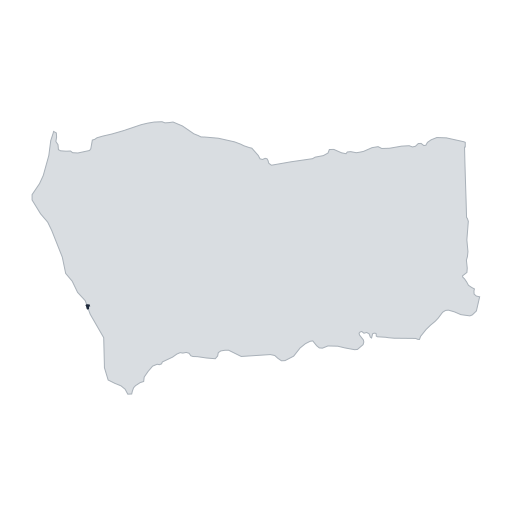 Ablekuma West Municipal, Greater Accra, Ghana shown in context, rotated 89°
{"feature_id": "2480657B12570528382412", "entity_name": "Ablekuma West Municipal", "entity_type": "district", "adm_level": 2, "iso_a3": "GHA", "parent_name": "Ghana", "parent_adm1": "Greater Accra", "projection": "robinson", "projection_center": [-0.256, 5.538], "detail": "fine", "context": "in_parent", "style": "filled", "palette": "slate", "viewbox_px": 512, "rotation_deg": 89, "n_neighbors": 0, "source": "geoboundaries", "source_scale": "gbopen_adm2", "svg_char_len": 3346}
<svg xmlns="http://www.w3.org/2000/svg" viewBox="0 0 512 512"><g transform="rotate(89 256 256)"><path d="M314.8,36.6L318.7,40.8L319.6,43.2L318.2,52.2L315.3,58.6L313.5,64.5L313.7,67.4L315.5,70.4L321.4,75.0L324.5,78.1L328.1,82.6L332.3,87.1L339.3,92.9L342.3,94.0L342.2,95.6L341.2,97.8L340.6,119.5L340.0,125.1L339.5,127.9L338.9,136.0L338.1,137.2L336.8,137.1L335.5,137.4L335.2,139.0L335.7,140.7L340.0,141.9L339.1,143.1L335.9,144.2L334.4,146.6L335.1,149.4L333.3,151.6L333.8,153.2L335.0,154.3L336.8,153.9L341.8,150.1L343.9,149.7L346.5,150.5L351.2,156.2L351.4,159.0L349.5,168.5L347.6,175.9L347.2,185.7L349.3,191.2L349.0,194.3L346.8,196.9L341.9,200.7L342.2,203.3L344.5,208.1L348.7,213.5L356.8,220.1L361.1,228.8L361.2,232.4L358.7,235.9L355.8,239.0L354.8,243.4L356.2,272.5L349.7,285.1L349.7,288.7L350.3,292.9L352.0,295.4L355.3,296.1L358.0,298.5L357.1,307.4L355.6,316.4L355.4,320.8L354.6,322.9L352.1,324.6L351.2,327.4L351.8,330.9L351.3,333.5L352.7,336.9L355.6,341.1L360.3,351.5L362.2,352.3L363.0,354.5L362.5,356.7L364.3,361.3L369.5,365.9L375.1,369.9L379.5,370.5L380.6,374.1L383.5,378.7L385.6,380.7L389.0,382.0L391.8,382.7L391.9,386.6L386.9,389.2L383.5,393.2L380.9,399.3L377.4,406.0L365.0,409.5L360.3,409.5L335.0,409.7L311.3,422.8L297.7,427.5L289.3,435.0L278.0,440.2L270.1,446.6L253.7,449.7L226.9,459.8L218.5,463.7L210.0,470.7L196.1,478.9L190.7,478.8L179.9,471.2L171.8,467.3L151.9,461.4L137.0,459.2L129.8,456.7L127.9,456.2L129.5,453.5L133.7,453.3L138.0,454.1L141.3,452.0L146.2,451.7L147.4,449.6L147.9,444.0L147.8,439.6L149.5,437.6L149.9,432.3L147.6,420.6L145.9,419.3L137.2,417.6L136.6,415.3L135.0,412.9L133.4,406.9L131.5,397.9L128.5,386.8L122.7,368.5L121.3,362.1L120.3,355.5L120.1,347.6L121.3,344.7L121.1,340.6L120.6,336.6L124.7,327.3L132.8,315.9L134.5,311.8L136.0,308.9L136.2,304.8L137.6,291.5L141.5,275.5L143.9,269.4L145.6,266.1L147.5,260.8L148.1,258.3L155.5,252.0L158.9,250.3L159.6,247.8L158.5,245.1L159.0,243.3L160.8,242.3L163.5,241.6L165.5,239.0L162.4,219.2L159.9,199.5L159.7,197.8L158.2,195.1L156.8,186.9L154.3,182.2L150.8,180.8L150.8,176.3L154.3,168.7L155.3,164.2L153.6,162.9L153.3,159.5L154.5,153.9L154.0,150.4L153.3,146.7L149.7,138.1L148.8,132.0L150.7,128.4L150.6,120.6L148.7,108.5L148.4,100.9L149.7,97.7L149.1,94.7L146.4,91.8L146.3,89.0L148.5,86.3L148.2,84.2L145.4,82.6L142.9,78.9L140.7,73.1L141.2,63.6L145.4,46.2L146.0,44.8L150.7,44.9L150.8,45.6L165.6,45.5L182.5,45.3L202.8,45.0L221.2,44.8L222.0,44.1L225.0,43.1L243.6,44.9L255.3,44.0L260.2,44.6L263.8,45.7L271.8,45.0L276.1,45.4L279.4,49.8L280.7,49.7L282.5,47.9L285.7,45.8L289.0,44.1L291.3,40.8L292.7,38.2L294.8,38.7L297.9,38.6L299.9,36.4L300.7,33.1L314.8,36.6Z" fill="#d9dde1" stroke="#a8b0b8" stroke-width="1"/><path d="M302.9,423.6L302.6,423.7L302.1,423.9L302.1,424.0L302.2,424.3L302.3,424.3L302.3,424.5L302.4,424.8L302.3,425.0L302.2,425.2L302.2,425.3L302.1,425.5L301.9,425.8L302.0,425.9L302.3,425.8L302.3,426.0L302.4,426.3L302.5,426.2L302.9,426.1L303.2,426.1L303.4,426.0L303.5,426.0L303.7,425.9L303.8,425.9L304.0,425.9L304.3,425.8L304.5,425.8L304.8,425.7L305.0,425.6L305.3,425.5L305.5,425.5L305.6,425.2L305.8,425.1L305.7,424.9L305.4,424.8L305.4,424.6L305.2,424.6L304.8,424.6L304.7,424.6L304.7,425.0L304.2,425.1L304.3,425.4L304.0,425.4L303.8,425.3L303.6,425.2L303.4,424.8L303.4,424.5L303.3,424.4L303.2,424.3L303.0,424.2L302.9,423.6Z" fill="#64748b" stroke="#1e293b" stroke-width="1.5"/></g></svg>